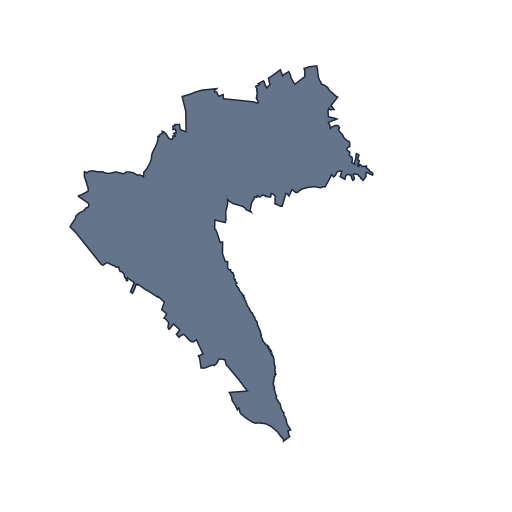 outline of Sarmasag, Salaj, Romania, rotated 241°
{"feature_id": "2599482B62977732214106", "entity_name": "Sarmasag", "entity_type": "district", "adm_level": 2, "iso_a3": "ROU", "parent_name": "Romania", "parent_adm1": "Salaj", "projection": "robinson", "projection_center": [22.809, 47.327], "detail": "fine", "context": "isolated", "style": "filled", "palette": "slate", "viewbox_px": 512, "rotation_deg": 241, "n_neighbors": 0, "source": "geoboundaries", "source_scale": "gbopen_adm2", "svg_char_len": 6145}
<svg xmlns="http://www.w3.org/2000/svg" viewBox="0 0 512 512"><g transform="rotate(241 256 256)"><path d="M289.3,392.6L290.8,391.5L294.5,395.0L296.9,393.4L292.7,390.3L289.2,386.5L288.8,386.5L291.3,384.9L292.4,386.3L294.9,387.6L296.0,387.7L296.0,387.4L299.4,386.5L300.5,387.9L301.5,388.4L303.8,387.2L305.6,387.1L306.7,389.9L306.2,391.1L310.3,393.1L311.4,392.7L312.0,391.9L315.4,390.6L317.2,390.2L319.7,390.5L325.8,389.1L327.8,391.3L330.2,391.0L331.4,389.4L332.1,386.4L332.1,384.2L331.5,382.8L334.7,384.0L337.8,384.1L336.6,393.2L340.0,390.0L342.5,386.8L348.1,389.3L349.7,391.3L347.8,391.8L347.2,393.7L346.3,395.3L349.7,394.9L351.0,394.1L355.4,404.5L356.4,403.7L365.6,400.4L368.6,400.4L372.9,398.2L374.8,396.5L376.2,397.0L379.2,396.8L382.3,397.3L390.0,400.5L392.9,401.2L395.9,393.8L396.0,391.9L396.8,389.0L393.9,388.2L389.2,385.6L387.4,373.1L394.6,373.0L397.5,373.8L401.4,374.1L401.2,368.2L400.6,366.6L407.1,367.6L405.8,357.8L405.5,353.1L400.6,351.6L399.3,351.7L397.8,347.0L401.0,346.9L404.8,347.7L405.6,347.4L405.6,341.7L404.3,342.1L404.5,337.9L401.2,337.8L401.1,337.4L400.0,336.7L397.4,335.9L395.8,334.3L394.8,333.9L394.5,333.1L393.1,332.7L392.7,333.2L391.6,332.7L389.6,332.8L388.8,331.6L392.0,328.6L409.2,304.0L409.9,304.0L413.1,305.6L413.9,300.7L418.6,301.1L419.3,299.3L420.9,299.9L421.5,302.7L427.4,288.7L428.8,282.3L429.5,276.8L431.3,268.7L416.6,264.7L398.6,255.1L403.2,251.0L408.2,252.8L410.4,248.6L409.0,248.1L409.9,246.1L408.5,245.8L407.3,244.8L406.8,244.7L406.1,246.8L404.9,246.5L404.8,246.9L402.5,245.9L403.1,244.3L403.0,243.4L401.5,243.9L399.8,243.1L399.9,242.8L400.9,242.6L401.3,241.5L400.4,241.2L398.5,239.1L401.0,236.8L406.5,236.5L409.1,235.6L410.5,234.3L408.9,234.1L408.7,230.3L407.5,229.3L408.2,228.1L406.2,227.3L402.4,223.8L396.3,215.2L394.3,213.2L392.2,212.1L388.7,208.2L385.0,202.3L383.8,198.6L379.8,196.1L380.4,195.3L381.2,195.4L383.2,193.7L383.7,193.0L383.9,191.7L388.2,189.1L390.8,186.1L392.5,183.0L391.9,180.3L397.7,173.9L399.1,168.4L400.1,166.5L402.4,163.7L404.0,162.8L406.9,157.5L407.9,156.8L410.0,153.8L411.1,150.8L410.7,148.4L412.9,147.0L412.6,146.4L408.0,144.2L403.6,143.7L403.9,143.5L396.1,141.9L394.1,140.6L394.2,132.7L394.7,130.2L394.3,129.6L383.3,135.0L380.9,134.2L380.1,132.4L380.5,130.6L379.0,126.8L379.4,122.0L378.3,118.0L375.8,115.5L375.0,113.3L374.1,112.2L373.7,110.8L371.6,107.5L363.6,109.8L324.2,116.5L322.3,117.4L322.1,118.0L322.5,121.8L321.9,123.1L316.8,126.4L316.3,127.4L314.0,128.2L313.3,130.3L308.3,129.6L307.3,131.1L304.1,131.8L301.4,130.9L299.7,131.3L299.4,131.0L298.1,131.6L297.5,130.8L297.0,130.9L296.7,131.7L298.7,132.2L299.2,132.9L291.8,136.7L285.6,128.8L283.2,129.9L286.1,133.9L289.5,137.5L288.0,138.4L288.6,139.1L279.4,143.4L278.3,144.5L267.6,150.1L268.0,150.8L260.1,153.5L254.9,147.6L248.6,149.8L246.2,145.4L244.3,146.6L240.1,147.4L236.5,144.5L234.3,144.2L234.0,144.9L236.6,150.9L228.3,153.6L226.1,148.4L222.1,149.3L222.7,150.7L222.7,154.3L221.2,155.4L214.3,156.9L212.1,158.2L212.1,158.7L211.2,159.7L211.6,163.3L196.1,162.1L196.6,157.2L195.0,157.3L191.4,156.2L184.7,153.6L182.9,156.7L181.8,165.1L180.4,166.4L181.3,170.0L183.7,173.4L183.6,174.3L180.4,178.5L174.8,177.1L173.1,177.8L155.5,181.1L142.1,183.0L149.6,166.5L144.9,166.4L141.1,165.1L135.9,165.5L130.6,165.1L131.5,167.0L131.1,167.4L127.5,166.3L125.5,166.2L118.9,168.8L112.6,172.2L110.2,174.2L108.5,177.7L104.6,183.2L99.8,186.5L91.6,189.6L86.1,190.2L82.5,191.3L80.7,190.3L81.7,198.0L83.2,198.0L87.6,199.2L87.0,201.8L87.3,202.0L94.2,201.6L95.3,202.2L96.4,202.2L97.9,203.1L104.1,203.4L105.4,204.5L106.7,203.9L110.4,204.1L115.4,205.5L117.7,204.8L119.2,205.2L121.1,204.6L122.1,204.9L123.6,206.2L124.6,205.9L128.8,207.0L131.0,207.1L130.9,207.6L131.9,208.4L132.8,208.7L134.1,208.2L134.9,209.0L137.2,209.6L137.2,210.4L137.6,210.9L138.7,211.0L139.1,211.8L140.0,212.0L140.3,212.8L141.6,213.3L141.5,213.8L142.1,214.9L143.3,215.4L142.7,215.7L142.8,216.1L145.0,216.1L145.4,216.9L147.0,217.0L148.7,218.5L150.8,219.4L152.3,219.3L154.4,220.7L155.4,220.7L156.9,221.6L159.9,222.4L160.8,222.0L161.0,222.5L161.6,222.4L162.3,221.6L163.2,222.7L163.4,222.2L164.4,222.0L165.2,222.3L165.1,223.2L165.5,223.3L166.4,222.1L166.6,223.1L168.3,222.9L168.7,222.1L169.6,221.9L170.0,222.0L169.6,222.3L170.0,223.1L171.0,222.4L171.1,222.9L172.5,222.7L173.4,221.4L174.6,221.6L178.6,220.7L179.5,221.3L183.9,221.4L184.2,222.5L186.1,222.4L187.0,223.2L195.4,224.0L197.9,225.0L201.0,224.4L203.0,225.2L204.7,224.8L208.1,225.1L209.0,224.4L214.2,224.6L217.2,224.2L218.7,224.8L220.2,224.6L221.5,225.3L223.8,224.8L224.7,225.7L225.7,225.1L226.5,225.3L226.8,226.2L227.5,226.0L227.9,225.2L229.1,225.7L232.8,224.8L236.7,225.2L237.6,224.6L238.7,224.9L239.9,224.4L241.1,224.7L241.6,225.3L241.5,225.9L242.0,225.7L242.2,226.1L244.8,225.6L245.4,226.5L245.8,226.5L246.1,225.9L247.1,225.7L249.2,227.1L251.4,227.5L252.6,227.1L252.7,227.6L253.9,226.7L255.6,226.6L256.3,227.1L256.8,226.0L259.4,225.4L264.8,228.5L266.2,226.5L274.2,227.8L284.4,233.6L285.3,231.2L295.2,233.2L299.1,233.5L299.9,233.0L307.4,237.5L300.2,245.2L300.4,245.6L302.3,247.4L309.1,250.8L315.3,256.4L319.2,258.6L316.9,259.2L313.0,261.3L306.1,268.2L303.4,269.7L301.4,269.7L296.7,273.1L298.7,273.0L304.4,277.6L307.6,282.8L308.4,283.5L306.9,285.1L308.3,286.3L306.0,287.5L305.7,288.7L306.3,290.5L305.7,291.8L304.1,293.7L303.5,293.2L300.6,297.1L301.0,297.9L303.3,299.6L302.9,300.1L300.7,301.5L298.5,301.7L295.9,299.8L294.2,299.2L292.7,297.8L287.7,301.5L286.8,303.0L296.3,312.5L295.0,313.4L292.5,313.9L296.6,319.7L292.0,321.7L291.5,323.5L292.0,325.0L292.2,327.9L291.9,330.5L290.6,335.2L288.1,341.1L284.3,345.6L284.1,348.2L282.9,349.9L288.9,359.4L290.6,361.3L287.4,362.3L288.2,364.9L290.0,367.1L290.1,369.5L288.6,372.2L284.6,368.0L280.0,370.9L282.7,373.5L282.9,376.0L281.7,376.9L280.9,378.3L278.7,377.6L275.3,377.3L275.3,378.7L276.0,379.6L280.3,380.7L280.0,382.3L278.8,383.2L277.8,384.8L275.9,384.8L273.5,385.8L272.9,385.3L270.1,386.4L272.3,390.9L275.0,392.0L275.5,393.2L270.2,397.1L271.4,398.2L273.0,397.8L275.3,396.3L276.1,396.7L279.7,395.3L280.6,395.3L280.8,396.2L281.3,396.1L282.5,392.7L285.8,391.2L284.5,389.4L285.5,388.6L287.0,390.2L287.7,390.3L288.3,391.7L289.3,392.6Z" fill="#64748b" stroke="#1e293b" stroke-width="1.5"/></g></svg>